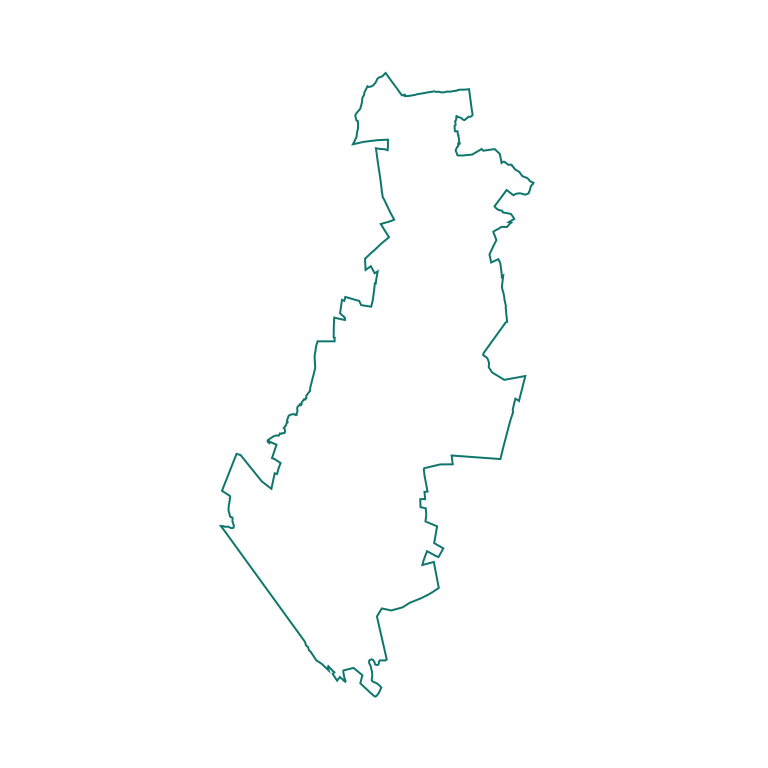 Villa Comaltitlán, Chiapas, Mexico (Equal Earth projection), rotated 347°
{"feature_id": "50627088B6543048996231", "entity_name": "Villa Comaltitlán", "entity_type": "district", "adm_level": 2, "iso_a3": "MEX", "parent_name": "Mexico", "parent_adm1": "Chiapas", "projection": "equal_earth", "projection_center": [-92.6, 15.171], "detail": "fine", "context": "isolated", "style": "outline", "palette": "teal", "viewbox_px": 768, "rotation_deg": 347, "n_neighbors": 0, "source": "geoboundaries", "source_scale": "gbopen_adm2", "svg_char_len": 6088}
<svg xmlns="http://www.w3.org/2000/svg" viewBox="0 0 768 768"><g transform="rotate(347 384 384)"><path d="M260.4,642.7L265.7,650.7L265.5,648.0L266.3,646.5L268.6,650.3L269.8,652.6L270.8,653.7L268.8,655.0L271.6,662.5L275.1,659.6L278.3,664.2L279.3,665.4L279.7,664.9L279.6,662.8L279.3,662.3L279.4,657.9L279.6,655.4L280.0,654.0L290.5,653.8L297.4,662.9L293.6,670.3L301.4,682.0L302.1,682.9L304.0,685.6L305.1,686.6L305.5,686.7L307.1,685.8L309.7,683.6L313.1,679.1L311.7,676.6L310.1,674.6L308.9,673.3L307.7,672.7L306.5,671.7L305.6,670.7L305.5,670.4L305.4,669.7L305.6,669.0L306.4,667.5L307.3,663.8L307.6,661.4L307.5,659.2L307.5,655.6L306.8,652.8L306.8,651.9L307.3,650.3L308.0,649.8L309.9,649.5L310.5,649.8L311.2,650.3L311.9,651.9L312.2,652.9L312.2,654.6L312.4,655.3L312.7,655.7L314.6,656.4L315.3,656.1L316.1,655.2L316.7,653.2L317.7,652.5L318.4,652.5L323.1,653.7L323.5,653.6L324.7,652.9L324.8,608.9L331.4,602.2L340.2,606.3L351.8,605.8L359.8,603.0L372.2,601.0L380.5,599.0L384.7,597.6L391.5,595.0L392.5,568.6L380.7,569.0L382.9,564.8L388.3,556.6L396.4,563.7L398.2,564.9L404.8,557.5L397.1,550.3L403.7,534.6L393.5,527.3L395.8,520.8L396.7,514.5L391.9,512.2L393.4,504.4L396.9,505.0L398.1,505.5L399.2,498.2L402.2,498.6L402.9,482.3L403.6,476.1L404.3,475.1L420.6,475.0L432.9,477.7L433.8,468.9L480.5,483.3L484.4,475.8L484.4,475.5L498.7,448.3L503.6,440.2L503.6,438.1L506.6,431.9L508.7,427.9L511.1,430.1L511.7,430.9L523.5,408.0L502.1,407.0L491.8,396.9L490.9,393.9L490.5,393.2L490.4,392.6L489.9,391.4L490.0,390.5L490.9,388.1L490.9,387.5L491.1,386.6L490.9,384.6L490.4,382.0L489.3,380.4L488.7,380.0L487.1,378.0L488.0,376.3L516.4,351.4L518.0,351.1L518.6,345.7L519.6,338.4L519.7,337.0L520.3,335.4L520.4,328.3L520.7,326.9L520.8,324.4L520.8,321.5L520.6,317.6L520.7,315.9L524.5,305.3L522.9,306.2L523.5,302.6L524.5,292.3L523.5,288.1L515.8,289.7L515.9,281.5L521.9,273.8L525.9,269.1L524.7,260.3L526.3,259.6L530.6,258.5L533.8,257.3L539.0,258.7L542.7,256.1L544.1,255.5L542.0,254.4L548.1,252.5L547.3,250.0L545.9,246.8L538.3,243.5L538.3,242.2L537.6,241.4L536.1,240.9L534.8,240.1L533.6,239.0L532.4,237.3L531.7,235.7L547.1,222.6L552.6,229.2L554.7,228.5L556.9,228.4L558.9,228.7L560.0,229.0L564.2,231.3L567.7,230.8L569.9,227.6L571.0,225.4L572.0,223.9L573.8,222.8L574.9,221.6L572.3,219.6L571.5,218.5L570.7,216.6L569.9,215.5L567.4,213.9L566.1,213.0L565.5,212.4L564.3,209.7L563.7,208.0L560.1,204.5L559.5,203.3L559.1,202.8L558.9,201.6L558.1,200.8L557.7,199.2L557.1,198.8L556.7,198.7L555.1,198.7L554.1,198.0L552.9,196.4L550.8,194.3L549.9,194.3L548.3,195.1L548.6,185.9L544.7,180.0L533.1,179.0L532.0,177.0L521.5,180.3L514.3,179.3L512.8,179.2L511.0,178.8L507.3,177.9L506.9,177.1L506.8,176.8L506.9,175.6L506.4,173.3L506.4,172.7L506.6,172.0L507.5,171.0L508.3,169.7L509.3,169.3L510.1,168.1L510.2,166.7L510.5,166.3L511.1,166.7L511.1,167.1L511.4,167.2L511.9,166.7L512.0,166.1L511.7,164.7L512.3,161.2L512.2,160.2L512.2,159.5L512.5,159.0L512.5,158.6L512.1,158.0L512.5,154.3L510.3,153.9L510.0,153.6L510.2,151.8L510.6,149.8L510.6,148.9L510.7,148.6L511.7,147.9L512.1,147.5L512.2,146.6L512.4,144.1L512.9,143.7L513.9,142.4L514.4,140.9L514.4,140.1L514.9,139.3L515.9,140.0L516.6,140.8L517.5,141.1L519.1,142.1L520.3,144.1L521.7,144.9L522.7,144.6L524.0,143.8L525.2,143.4L526.0,142.8L526.5,142.6L528.0,143.0L529.1,142.9L530.3,142.3L530.7,141.9L530.9,141.3L531.0,140.8L531.3,135.6L533.2,115.9L528.7,115.3L524.2,114.3L522.0,114.2L521.8,114.5L513.9,114.0L511.4,113.3L509.1,113.2L508.3,113.4L504.4,112.4L503.7,111.8L503.0,111.5L502.0,111.4L499.8,110.8L498.9,110.2L490.9,109.6L488.6,109.6L481.6,109.1L479.0,109.3L472.1,108.8L469.0,108.1L469.3,106.8L466.4,106.8L465.4,104.6L463.1,98.9L461.2,94.7L457.4,85.8L455.8,81.8L455.5,81.3L451.6,83.8L448.4,84.2L446.4,85.0L445.9,85.5L445.2,86.5L443.2,88.8L440.4,90.7L438.4,91.2L435.7,91.1L434.9,90.2L430.3,95.8L429.5,98.3L428.1,99.2L426.8,101.5L426.3,103.8L423.5,109.2L422.6,110.6L418.7,113.5L417.3,114.7L416.7,115.4L416.3,116.6L416.5,121.1L417.6,121.9L417.2,124.9L416.1,129.3L414.8,131.7L412.6,137.5L407.7,143.4L418.9,143.5L432.0,144.9L442.8,146.8L441.1,154.1L440.1,157.0L437.9,155.6L431.5,153.5L429.2,152.5L427.7,168.5L426.7,182.0L425.6,193.2L425.2,195.3L425.2,196.9L424.8,201.8L425.5,203.8L428.6,217.8L429.8,222.2L430.9,226.2L427.2,226.8L416.8,227.4L421.9,242.1L413.7,246.2L412.7,246.8L412.1,247.0L410.6,248.0L404.0,251.9L401.2,253.3L393.7,257.7L391.7,268.7L397.7,266.3L399.8,274.0L403.1,272.9L402.1,275.4L400.1,280.0L398.5,284.3L397.7,283.9L395.0,291.7L391.7,300.3L388.9,305.8L379.5,302.0L378.5,297.5L365.9,290.5L364.0,294.0L362.0,292.6L357.1,305.2L360.8,310.6L360.3,312.8L355.4,310.6L350.5,308.1L348.3,315.6L345.4,327.4L346.4,327.8L345.4,331.3L328.9,327.5L326.2,332.1L324.7,336.3L322.9,340.5L322.4,342.4L320.6,352.9L311.3,371.0L310.4,374.0L305.7,377.9L305.4,379.0L305.3,380.1L304.6,380.3L304.3,381.0L304.0,381.3L303.6,381.5L303.4,381.4L302.8,380.8L302.5,381.0L299.9,383.2L299.0,384.6L299.1,385.1L298.1,386.0L297.5,384.9L296.7,385.6L294.8,386.6L294.0,388.0L293.8,388.7L293.7,390.6L293.1,391.9L292.5,392.5L292.2,393.8L291.9,394.5L291.3,394.6L291.0,394.5L290.5,393.8L289.8,393.5L289.5,393.0L285.5,392.9L283.9,393.6L281.2,397.8L281.4,398.6L281.5,398.7L281.4,399.8L280.9,400.1L280.5,399.9L279.1,402.3L276.5,404.2L277.1,404.9L276.9,408.4L276.1,409.2L275.1,409.4L274.0,409.3L273.7,409.0L272.7,409.4L271.7,409.2L271.5,408.9L269.8,410.6L267.1,409.9L264.7,410.1L258.5,412.4L257.2,414.2L258.5,413.1L259.0,413.6L258.1,414.8L259.1,415.9L259.9,414.7L265.6,419.0L258.2,431.0L260.7,432.7L265.5,437.8L262.7,441.8L259.5,447.7L257.4,446.4L250.7,460.8L243.0,451.4L228.3,421.0L224.6,418.9L202.1,451.6L208.7,458.5L208.7,459.6L208.5,460.3L207.8,461.1L207.8,462.0L207.6,462.7L206.9,463.8L206.9,464.4L206.7,464.9L205.9,466.1L205.6,467.0L204.9,469.3L204.6,470.0L204.0,472.5L204.3,476.1L204.1,477.6L204.3,478.5L204.6,479.2L206.2,479.9L206.2,481.0L205.4,483.9L205.8,487.7L205.7,488.7L205.5,489.3L205.0,490.2L204.2,490.3L203.2,490.2L202.5,489.9L200.0,487.9L197.1,487.4L195.2,486.3L193.1,485.7L195.1,490.1L249.0,617.5L249.2,621.2L250.8,623.3L251.0,626.5L252.1,628.0L255.9,638.0L260.4,642.7Z" fill="none" stroke="#0f766e" stroke-width="2"/></g></svg>